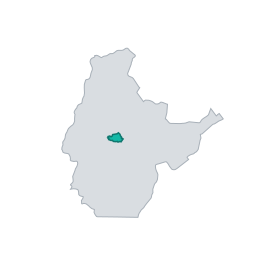 Rumbek Centre, Lakes, South Sudan shown in context, rotated 54°
{"feature_id": "79223893B15705410595049", "entity_name": "Rumbek Centre", "entity_type": "district", "adm_level": 2, "iso_a3": "SSD", "parent_name": "South Sudan", "parent_adm1": "Lakes", "projection": "equal_earth", "projection_center": [29.744, 6.986], "detail": "fine", "context": "in_parent", "style": "filled", "palette": "teal", "viewbox_px": 256, "rotation_deg": 54, "n_neighbors": 0, "source": "geoboundaries", "source_scale": "gbopen_adm2", "svg_char_len": 3909}
<svg xmlns="http://www.w3.org/2000/svg" viewBox="0 0 256 256"><g transform="rotate(54 128 128)"><path d="M188.0,196.6L182.2,204.4L181.8,204.9L181.1,205.5L178.8,205.5L176.4,205.1L174.2,203.1L172.0,204.6L170.5,205.1L169.7,205.3L167.7,205.6L164.9,206.4L163.6,207.4L162.9,208.3L162.4,209.8L162.1,209.9L161.6,209.8L160.8,209.2L159.3,208.3L158.6,206.3L157.9,205.2L157.3,204.6L154.9,206.5L153.8,206.9L152.8,206.9L151.1,205.8L149.2,204.9L148.2,204.9L146.7,206.0L145.1,207.8L144.2,209.5L143.8,210.5L143.2,208.9L142.7,208.0L141.8,207.6L140.3,208.0L139.9,207.4L139.8,206.1L139.5,204.9L139.1,203.9L137.9,203.0L134.7,201.2L132.3,197.5L131.1,195.7L130.2,194.6L128.9,191.7L127.4,189.7L125.7,188.8L124.5,189.2L123.3,191.4L121.1,193.4L120.0,193.5L118.7,192.4L117.1,191.6L114.1,191.2L112.8,192.2L111.2,193.8L109.8,194.7L109.0,194.8L108.2,194.4L107.3,194.2L106.5,194.2L104.9,192.8L104.1,191.7L103.6,190.7L102.7,190.1L101.6,189.5L100.8,188.6L100.5,187.5L99.9,186.1L99.1,184.8L96.7,182.5L95.9,181.1L95.4,179.8L94.4,178.3L93.4,176.4L93.0,173.5L93.0,171.2L92.8,170.1L92.3,169.1L91.8,168.2L91.0,167.1L89.0,165.7L86.9,163.9L85.9,162.9L84.1,162.6L83.0,161.6L82.0,159.4L81.7,157.7L80.7,156.4L80.3,155.4L80.1,154.3L80.8,150.9L79.8,149.7L78.1,148.1L77.0,146.4L76.3,144.8L74.2,142.7L69.7,139.7L67.1,137.7L65.7,135.9L64.4,134.2L64.3,133.4L65.1,131.7L65.3,130.3L64.6,128.7L61.9,125.7L59.8,122.5L58.1,121.4L54.2,120.5L53.1,120.2L51.9,119.6L50.7,118.1L50.3,116.4L50.9,113.6L50.6,112.7L49.9,112.5L50.1,111.9L50.8,110.6L52.1,109.7L55.3,108.3L55.5,107.8L55.6,106.1L55.8,105.2L57.0,102.8L57.1,101.8L57.2,99.8L57.3,98.8L57.7,98.2L58.6,97.0L58.9,96.2L59.0,94.7L58.9,91.6L59.4,90.3L61.5,87.5L62.0,86.3L62.2,85.2L62.2,84.0L62.3,82.9L62.9,81.8L63.5,81.4L65.0,81.1L66.0,81.3L73.2,79.4L74.0,79.7L74.4,80.8L74.4,82.6L74.5,83.5L74.9,84.1L76.0,85.0L76.8,86.4L77.2,87.0L78.3,88.0L83.7,96.3L85.2,97.0L86.6,96.8L89.5,95.0L91.0,94.6L101.2,95.1L102.3,94.8L103.9,99.0L104.6,100.0L115.8,100.0L115.6,98.8L115.7,97.5L117.7,95.0L118.0,94.7L119.7,93.5L121.4,92.6L124.6,91.7L125.8,90.2L126.4,88.8L126.4,86.1L126.9,85.7L127.6,85.0L131.4,82.6L132.0,82.1L138.6,87.7L142.3,92.2L142.5,92.4L142.7,92.5L142.9,92.3L143.1,92.1L143.5,91.9L145.1,91.9L148.1,91.6L149.1,91.1L155.1,83.2L156.6,80.6L157.0,80.1L157.9,78.3L158.8,75.2L159.0,74.8L165.6,67.4L165.8,66.8L165.8,66.4L164.8,63.9L164.6,62.6L164.6,60.6L164.8,57.6L164.7,55.7L164.6,55.1L160.9,49.6L170.1,49.5L170.1,48.8L170.1,48.6L169.9,48.0L169.8,47.1L169.8,46.6L169.9,46.2L169.9,45.9L169.9,45.7L176.6,45.6L176.5,47.2L175.7,50.8L175.7,53.0L175.5,55.5L175.3,56.2L175.0,56.8L174.9,57.1L174.9,57.4L176.3,71.3L176.2,71.9L175.8,72.8L175.7,73.1L175.7,73.3L175.9,73.4L179.0,74.9L179.1,75.0L180.3,76.9L186.4,83.6L186.6,83.9L187.3,86.0L187.3,86.3L187.4,86.8L187.4,87.2L187.2,88.4L187.3,89.0L187.4,89.4L187.4,89.8L187.4,90.2L186.5,92.6L186.2,94.4L186.1,95.8L186.2,96.6L186.3,97.2L186.4,97.4L186.5,97.5L189.1,97.5L189.1,98.2L189.5,110.9L189.5,112.3L189.4,114.1L189.1,114.8L188.4,115.8L187.4,116.7L185.1,116.9L183.1,116.9L181.7,116.7L179.8,116.6L178.0,116.8L177.3,117.6L175.0,124.3L174.3,126.0L174.1,127.0L174.3,127.6L175.2,128.4L177.3,129.6L179.6,130.3L181.3,130.6L182.5,130.9L183.4,131.3L186.8,134.3L187.8,135.8L188.4,137.0L188.6,138.4L189.1,139.7L192.1,143.9L195.0,145.9L196.1,148.1L197.2,149.2L198.2,150.4L198.7,152.2L200.0,157.2L200.8,159.9L201.7,162.1L202.1,165.6L202.8,167.2L203.5,169.1L204.6,170.8L205.9,172.2L206.1,172.5L193.6,189.1L188.0,196.6Z" fill="#d9dde1" stroke="#a8b0b8" stroke-width="1"/><path d="M126.2,150.3L128.1,149.1L128.9,147.8L130.2,147.8L131.8,146.0L132.7,144.4L133.5,144.4L134.3,142.2L135.1,141.8L134.0,138.4L132.7,138.8L132.7,139.3L132.2,139.3L131.5,138.6L130.3,138.7L128.2,138.2L126.2,138.6L126.3,140.2L124.3,144.3L125.3,145.8L125.1,146.9L123.8,147.4L123.2,149.1L124.1,149.3L124.0,150.2L124.3,150.2L124.7,149.5L125.5,150.2L126.0,149.9L126.2,150.3Z" fill="#14b8a6" stroke="#0f766e" stroke-width="1.5"/></g></svg>